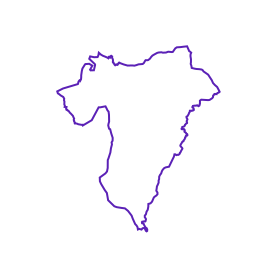 outline of Mariga, Niger, Nigeria, rotated 16°
{"feature_id": "59680162B84198311358077", "entity_name": "Mariga", "entity_type": "district", "adm_level": 2, "iso_a3": "NGA", "parent_name": "Nigeria", "parent_adm1": "Niger", "projection": "robinson", "projection_center": [5.889, 10.619], "detail": "fine", "context": "isolated", "style": "outline", "palette": "violet", "viewbox_px": 256, "rotation_deg": 16, "n_neighbors": 0, "source": "geoboundaries", "source_scale": "gbopen_adm2", "svg_char_len": 5563}
<svg xmlns="http://www.w3.org/2000/svg" viewBox="0 0 256 256"><g transform="rotate(16 128 128)"><path d="M79.2,63.7L79.5,66.3L79.2,68.2L75.9,69.3L71.9,69.6L71.7,72.2L78.5,75.7L79.0,76.4L79.3,81.9L76.2,82.9L75.5,82.4L76.5,77.9L73.0,77.0L69.4,78.3L69.0,79.2L68.2,82.0L67.8,83.4L67.9,85.9L68.5,90.2L69.0,92.0L69.4,94.0L69.1,95.6L68.8,95.3L68.5,95.2L68.3,95.4L68.2,95.9L67.8,96.5L67.7,97.1L67.8,97.1L67.8,97.8L67.7,99.6L54.7,107.9L49.9,112.3L51.0,114.0L52.1,114.3L54.5,115.3L57.2,116.0L58.6,117.4L58.8,118.9L59.6,120.1L60.3,122.9L61.2,124.0L61.3,125.2L62.1,125.0L63.1,124.8L63.2,126.6L63.9,127.5L64.7,127.3L65.3,127.9L66.0,127.9L67.0,128.5L67.6,129.2L68.9,129.8L71.7,131.5L72.9,133.1L73.6,133.7L73.6,135.2L74.3,136.0L74.4,136.6L75.5,137.4L75.4,138.0L75.6,138.3L77.2,137.9L78.1,137.9L79.1,138.1L82.8,137.7L83.5,137.4L83.9,138.0L91.0,130.5L94.1,116.2L95.8,115.7L99.1,114.0L100.4,113.4L102.4,115.5L103.4,116.7L104.8,117.6L106.1,120.6L108.1,127.1L108.1,129.4L108.3,131.0L110.0,133.9L111.2,134.1L113.3,137.7L116.0,141.7L116.7,144.5L116.2,146.3L117.1,148.2L117.2,152.2L117.8,156.4L117.6,162.6L117.4,164.4L119.5,172.0L119.8,175.6L118.8,177.9L114.5,183.4L115.7,187.0L117.6,189.2L122.7,194.0L125.6,196.3L128.8,202.9L136.4,207.0L139.0,207.2L144.0,206.6L147.2,206.1L150.9,207.7L155.6,211.2L157.6,213.9L161.4,218.4L163.0,219.3L164.4,220.6L165.5,222.8L166.5,221.9L169.0,221.9L169.6,220.4L171.1,219.6L172.2,220.4L173.5,221.9L174.4,222.2L174.8,221.7L174.5,220.3L173.6,219.2L172.2,218.7L170.3,216.9L169.4,215.7L167.8,215.7L167.3,214.6L167.5,214.1L168.2,213.9L168.7,213.5L169.4,213.3L170.2,213.2L170.5,212.8L170.4,212.1L170.5,211.6L170.4,210.6L169.6,209.8L168.7,209.1L168.3,207.5L169.0,206.1L168.9,203.2L169.5,201.2L169.2,198.0L168.5,195.4L170.4,194.2L171.4,192.2L172.0,187.6L173.0,186.1L173.9,185.1L174.6,183.5L174.1,181.9L172.5,180.5L172.2,177.9L171.9,176.2L172.2,174.6L172.5,172.1L171.9,170.1L172.0,168.5L171.4,166.2L171.7,164.4L172.4,162.6L172.5,160.1L172.9,158.5L173.9,156.5L175.2,155.4L178.1,153.9L179.7,144.7L179.8,144.2L179.9,143.6L180.0,143.1L180.0,142.0L180.0,141.4L179.9,140.8L179.9,140.5L180.3,140.4L180.8,140.3L180.9,140.5L181.6,140.6L181.9,140.7L182.2,140.7L182.7,140.3L183.0,140.1L183.3,140.0L183.4,139.9L183.9,139.9L184.5,139.1L184.7,138.7L184.8,138.4L184.7,137.9L184.7,137.7L184.9,137.6L185.0,137.3L185.2,136.6L185.2,136.4L185.4,135.1L186.0,132.9L185.9,132.6L185.6,132.3L185.0,131.9L184.0,131.3L183.4,130.9L183.1,130.3L183.1,130.1L183.3,129.5L183.3,129.1L183.6,128.1L183.9,127.1L183.9,126.6L184.1,126.3L184.2,126.1L184.3,125.9L184.4,125.7L184.7,125.5L184.9,125.5L185.0,125.3L184.9,124.8L184.9,124.6L185.3,123.7L185.5,123.3L185.5,122.6L185.6,122.0L185.5,121.7L185.5,121.3L185.7,120.9L185.8,120.9L185.8,119.7L186.9,119.0L187.1,118.6L186.8,117.8L186.5,117.5L186.2,117.5L185.8,117.6L185.5,117.4L185.1,116.7L184.7,116.5L183.5,116.2L183.4,116.1L183.0,115.3L183.1,115.2L183.3,114.9L183.1,114.4L182.6,113.9L182.0,113.6L181.3,113.8L180.9,113.8L180.7,113.7L180.4,114.3L180.1,114.3L179.9,114.3L179.7,114.1L179.7,113.6L180.0,113.0L180.0,112.4L179.9,112.1L180.2,111.9L180.8,111.5L181.1,111.4L181.4,111.1L181.6,110.7L181.9,110.3L182.0,110.0L181.9,109.6L181.9,109.2L182.1,108.9L182.4,108.4L182.6,107.7L183.0,107.4L183.4,107.0L183.3,106.5L183.0,105.9L182.6,105.5L182.5,105.3L182.6,104.0L182.8,103.5L182.6,103.1L182.2,102.6L181.6,102.2L181.4,101.9L181.2,101.4L181.1,101.0L181.3,100.8L181.7,100.5L181.9,100.1L182.1,99.6L182.2,99.0L182.4,98.4L182.5,97.9L182.5,97.3L182.5,96.7L182.8,96.1L182.9,95.8L182.8,95.2L182.7,94.7L182.7,94.3L182.9,94.2L184.2,94.1L184.6,93.8L184.9,93.4L185.2,93.4L185.4,93.5L185.6,93.4L185.9,92.7L186.3,92.4L185.9,91.5L185.7,91.2L185.4,90.8L185.0,90.7L184.2,90.4L184.1,90.1L184.3,89.9L184.3,88.9L185.5,88.3L185.7,88.2L186.6,88.0L186.9,87.8L187.4,87.6L187.9,87.5L188.2,87.1L189.0,87.2L189.2,87.3L189.4,87.5L189.7,87.6L190.0,87.3L190.4,86.9L190.5,86.3L190.4,85.8L190.3,85.3L190.3,85.2L190.5,84.9L189.6,81.9L190.6,80.6L197.4,79.1L198.7,78.5L200.7,76.2L201.0,75.5L201.2,74.8L200.9,73.6L200.9,73.3L201.1,73.0L201.3,72.9L201.4,72.6L201.7,71.5L201.9,71.4L202.4,71.5L202.7,71.4L202.9,71.1L203.3,71.0L203.8,71.0L203.8,70.9L204.0,70.4L204.3,69.8L204.5,69.6L204.9,69.4L205.2,69.1L205.3,68.8L205.5,68.5L205.6,68.4L205.8,68.5L205.9,68.4L206.1,68.1L206.1,67.9L202.4,64.0L199.6,62.7L197.3,61.3L195.4,59.0L190.3,54.6L185.0,52.8L183.8,51.8L182.7,51.5L180.3,51.8L177.5,52.4L175.7,52.6L172.7,52.7L171.7,50.6L170.6,49.1L170.4,47.5L169.6,44.6L168.2,41.6L167.8,39.7L168.0,38.2L166.6,37.5L165.7,37.3L162.3,33.2L159.1,34.5L156.1,35.8L152.7,37.0L151.5,38.4L150.1,42.5L149.3,42.9L145.6,43.6L143.7,45.0L140.7,46.0L139.2,46.0L136.6,47.0L135.3,47.8L132.7,50.4L131.5,51.7L130.6,53.5L130.0,55.3L128.7,57.1L128.2,57.4L126.2,58.0L125.8,59.1L125.4,61.0L124.5,62.4L123.3,62.9L120.6,63.9L118.8,65.2L117.0,66.3L114.8,66.7L110.4,68.1L106.3,68.1L102.6,67.8L101.6,67.5L101.4,67.6L101.4,67.8L101.3,68.0L101.1,68.1L101.1,68.3L101.1,68.6L101.1,68.9L101.0,69.0L100.9,68.9L100.7,69.1L100.6,69.3L100.5,69.5L100.6,69.9L100.6,70.1L100.4,70.3L100.0,70.4L99.8,70.3L99.5,70.0L98.9,70.4L98.8,70.6L98.7,70.8L98.4,71.2L98.1,71.0L97.9,71.0L97.8,70.8L97.6,70.5L97.4,70.3L96.9,70.2L96.7,70.1L96.5,69.9L96.2,69.3L96.1,69.1L95.9,69.1L95.7,69.2L95.3,68.9L95.2,68.6L94.9,67.0L94.4,66.0L93.7,65.4L93.4,65.0L93.3,64.6L93.2,63.9L93.1,63.7L92.7,63.8L92.6,63.6L92.0,63.2L91.8,63.3L91.6,63.8L91.3,64.4L91.3,65.1L91.3,65.4L91.0,65.4L90.9,65.2L90.6,64.9L90.5,64.7L90.2,64.6L89.9,64.9L89.9,65.3L89.9,65.8L89.8,66.4L89.0,66.1L87.8,65.9L86.2,65.7L84.0,65.5L81.7,64.9L79.2,63.7Z" fill="none" stroke="#5b21b6" stroke-width="2"/></g></svg>